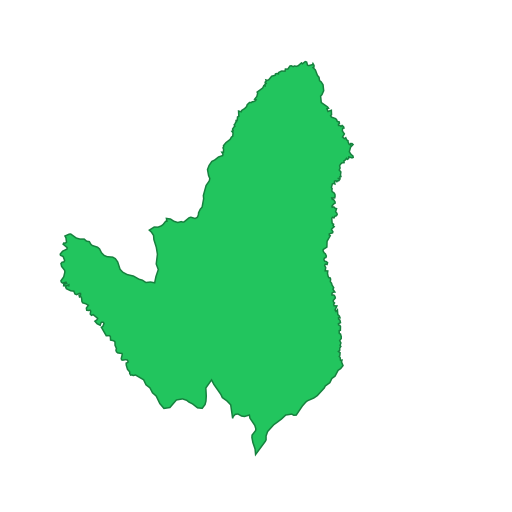 União do Sul, Mato Grosso, Brazil, rotated 317°
{"feature_id": "56859067B54495236199996", "entity_name": "União do Sul", "entity_type": "district", "adm_level": 2, "iso_a3": "BRA", "parent_name": "Brazil", "parent_adm1": "Mato Grosso", "projection": "robinson", "projection_center": [-54.31, -11.533], "detail": "fine", "context": "isolated", "style": "filled", "palette": "green", "viewbox_px": 512, "rotation_deg": 317, "n_neighbors": 0, "source": "geoboundaries", "source_scale": "gbopen_adm2", "svg_char_len": 6089}
<svg xmlns="http://www.w3.org/2000/svg" viewBox="0 0 512 512"><g transform="rotate(317 256 256)"><path d="M84.7,304.7L89.7,308.1L99.6,307.0L104.8,310.4L106.9,314.3L107.3,317.0L108.7,320.8L109.7,327.2L112.8,330.7L117.4,329.9L120.4,328.0L124.1,324.5L129.3,318.3L139.0,316.3L137.6,321.2L135.9,333.3L134.8,336.6L135.9,341.9L136.0,347.6L128.2,358.8L129.9,357.8L132.9,357.7L135.0,359.2L136.3,363.2L138.1,365.5L142.7,367.8L141.0,370.4L139.6,379.1L138.0,382.3L136.7,383.4L131.0,384.3L129.2,386.0L126.5,390.3L123.7,396.5L120.3,400.9L136.4,397.9L138.0,397.3L140.6,394.5L144.8,392.3L153.8,391.5L163.3,392.6L169.3,392.6L174.3,396.0L175.0,398.2L176.9,399.8L187.7,397.3L192.9,396.8L195.0,397.0L201.5,399.3L205.6,399.9L215.9,399.1L218.0,398.3L223.6,399.0L228.0,397.3L231.8,397.8L238.1,395.6L241.1,396.1L244.9,395.5L246.3,391.8L247.9,390.8L246.7,389.9L248.3,387.6L248.3,386.3L249.6,385.8L251.6,384.0L251.1,382.1L252.9,382.1L254.5,380.4L256.4,380.0L256.5,378.7L258.8,377.5L259.5,374.9L262.0,374.5L263.3,373.2L264.6,370.7L264.1,369.5L264.9,368.4L266.0,367.3L267.0,367.9L269.7,365.2L270.0,364.0L269.4,362.7L270.1,361.7L272.3,362.4L273.6,360.2L273.4,358.5L274.2,357.5L275.3,358.5L276.0,356.8L275.9,354.6L278.8,350.9L276.7,351.1L277.0,349.4L281.1,347.7L279.2,345.7L280.0,344.1L281.4,343.9L281.3,342.3L282.1,341.2L285.4,340.8L286.2,339.3L286.3,337.7L285.0,336.3L286.2,335.0L287.9,335.2L289.1,336.1L289.6,332.7L291.2,332.2L291.8,329.1L292.7,327.4L292.8,325.5L294.8,323.8L295.3,322.6L294.5,321.6L294.9,320.0L296.4,317.5L298.3,315.9L296.5,314.0L299.1,312.0L299.7,309.8L301.1,309.2L302.2,310.7L303.8,309.7L303.6,308.0L302.7,306.6L303.2,304.9L304.6,304.2L306.1,304.8L307.4,304.0L308.2,301.8L308.0,299.9L308.6,297.9L309.6,297.1L313.9,297.8L318.0,293.7L324.1,291.8L323.8,290.7L324.7,289.8L327.8,291.3L328.8,290.7L329.2,288.3L330.2,287.8L333.2,287.9L333.1,286.3L334.4,285.7L334.0,284.0L337.0,280.2L338.3,279.8L339.0,281.3L340.7,280.7L342.3,281.4L343.7,281.0L344.3,279.9L344.4,277.9L347.2,276.3L346.4,275.0L346.4,273.2L345.0,272.3L345.6,271.3L348.3,270.9L349.9,271.3L350.7,270.4L351.2,267.7L350.4,266.6L351.0,265.2L353.2,267.2L354.6,266.2L355.8,264.7L356.1,263.0L355.6,260.9L356.3,259.6L357.6,258.7L357.9,257.3L361.0,255.3L362.2,255.8L362.8,257.1L364.4,254.8L365.7,255.4L365.8,256.8L366.9,256.6L367.8,257.4L369.5,257.1L369.3,255.6L370.5,256.4L371.4,255.2L372.3,255.8L373.0,254.4L375.4,252.4L375.5,249.9L377.5,249.0L378.7,247.0L380.4,246.5L382.3,246.5L384.1,247.8L385.2,246.4L386.9,246.7L388.8,246.3L388.7,247.6L390.2,247.9L391.5,246.8L393.1,249.7L394.3,250.2L395.1,249.0L394.8,246.5L395.3,243.4L399.4,240.9L403.0,240.7L402.9,239.2L401.9,238.3L400.8,239.1L400.3,237.9L401.1,235.4L401.9,234.5L401.5,232.8L402.3,230.7L400.7,230.5L400.4,228.0L403.9,227.0L404.4,223.5L406.4,221.7L407.6,222.4L408.2,221.2L408.0,219.2L406.5,219.2L406.4,217.8L405.4,216.8L406.1,215.9L407.5,215.9L408.3,214.6L407.2,213.1L407.9,211.3L407.9,209.8L405.9,205.9L406.3,204.2L407.6,204.2L410.5,200.8L407.2,199.4L408.3,196.6L409.8,197.4L410.0,195.8L408.4,188.3L412.3,183.1L414.2,183.0L418.2,181.3L421.8,176.5L422.4,173.1L422.1,171.1L424.0,168.2L424.1,165.8L426.3,160.4L426.2,157.1L427.2,157.4L428.4,156.2L428.9,154.1L427.9,154.6L424.4,152.7L423.8,151.6L425.3,148.7L424.6,147.4L421.1,147.1L421.0,145.8L416.5,145.6L414.8,144.8L413.8,143.3L412.3,142.8L411.5,140.9L410.4,140.2L406.7,141.0L405.0,139.3L403.3,140.6L400.7,138.1L397.6,137.2L396.6,138.1L395.6,136.7L394.4,136.1L393.3,136.9L390.1,135.2L385.5,135.8L384.0,135.2L383.3,134.0L382.7,135.1L381.2,135.1L381.1,136.7L379.6,136.4L378.7,137.8L378.0,136.7L375.5,137.7L368.6,136.9L368.2,138.1L365.4,139.9L361.9,140.4L362.6,141.8L361.5,142.0L359.6,141.5L358.4,140.6L357.2,140.6L356.0,139.3L352.8,139.3L351.0,140.3L348.2,140.4L344.9,139.8L343.5,140.4L342.1,138.1L338.7,142.1L337.3,141.7L334.9,143.9L333.9,143.3L333.4,144.5L332.4,144.2L331.2,145.0L329.6,145.1L328.9,146.8L327.9,146.6L325.4,147.2L324.7,148.9L323.4,148.3L323.2,150.3L320.7,152.5L319.0,152.3L316.6,153.1L311.4,152.6L307.5,153.1L306.8,154.1L305.6,154.4L305.2,155.7L303.0,157.9L301.8,156.8L301.4,158.9L300.1,159.8L296.1,158.0L291.1,157.6L288.2,156.7L283.4,157.8L279.5,159.7L276.2,164.8L275.1,167.8L273.1,169.2L267.6,170.4L258.7,175.9L256.8,178.4L249.9,183.5L247.1,183.8L243.5,185.2L241.8,186.7L239.4,187.7L237.0,187.0L234.8,183.2L233.1,182.4L226.7,182.0L225.7,181.5L224.8,179.9L221.6,178.1L219.6,174.5L218.7,170.7L216.1,167.4L214.6,169.8L213.6,169.0L209.6,169.6L207.4,169.4L204.0,168.1L201.3,165.4L195.6,164.3L195.8,167.2L195.1,171.1L192.5,174.4L189.0,181.7L185.1,187.5L177.6,193.8L175.3,199.3L168.8,202.8L163.6,206.5L161.1,203.1L157.4,200.3L156.4,196.2L154.6,193.2L152.7,187.1L149.1,181.7L147.5,177.0L147.5,173.0L150.8,166.0L151.3,162.0L150.4,159.1L146.6,154.9L145.3,152.0L145.2,148.3L146.4,144.1L146.1,141.5L143.4,136.6L143.2,134.9L143.9,131.8L142.2,129.6L141.9,126.5L138.8,123.6L136.8,120.3L135.5,113.6L134.3,112.6L129.9,111.1L129.4,113.1L126.8,116.7L125.3,116.5L124.3,115.4L123.0,115.8L123.6,121.1L122.5,122.0L117.8,120.6L114.1,121.1L113.5,122.2L114.6,124.8L113.0,128.8L111.3,129.3L110.0,128.3L108.2,128.5L106.7,131.1L106.3,135.8L105.4,137.3L101.2,140.1L96.4,141.1L95.8,142.4L96.0,143.8L99.2,145.6L98.9,146.8L96.1,145.6L95.0,146.6L96.8,148.5L95.5,149.1L95.0,150.6L96.8,155.1L98.8,157.5L97.7,160.2L98.4,161.9L101.3,162.8L102.1,163.7L101.3,164.7L99.8,164.1L99.0,165.6L100.2,165.9L99.8,167.7L97.7,170.5L97.3,172.0L98.9,174.8L99.8,177.7L96.4,178.4L95.2,180.2L96.4,181.7L97.7,182.4L97.5,183.6L95.2,185.4L95.2,187.2L96.9,187.8L97.7,193.6L96.2,194.2L93.7,193.8L93.6,197.2L94.8,200.4L97.1,199.1L98.3,199.3L99.1,200.5L98.8,201.7L96.0,203.0L94.3,202.7L92.1,212.2L94.5,214.3L94.6,215.5L92.3,218.3L94.1,220.9L94.3,222.6L92.0,225.2L90.9,228.4L89.3,229.4L88.6,230.9L88.8,232.6L91.5,235.9L90.9,236.9L87.5,239.1L86.9,240.3L87.5,241.3L90.0,242.9L90.9,244.2L90.6,245.8L89.7,246.4L88.0,245.8L86.7,247.3L84.7,251.3L84.6,254.6L83.5,255.8L83.1,257.7L84.2,258.4L84.7,259.7L86.7,260.8L89.4,269.9L87.7,275.2L88.5,280.1L87.0,285.5L87.5,290.4L85.0,298.4L84.7,304.7ZM98.1,148.9L99.5,149.4L98.7,150.1L98.1,148.9Z" fill="#22c55e" stroke="#15803d" stroke-width="1.5"/></g></svg>